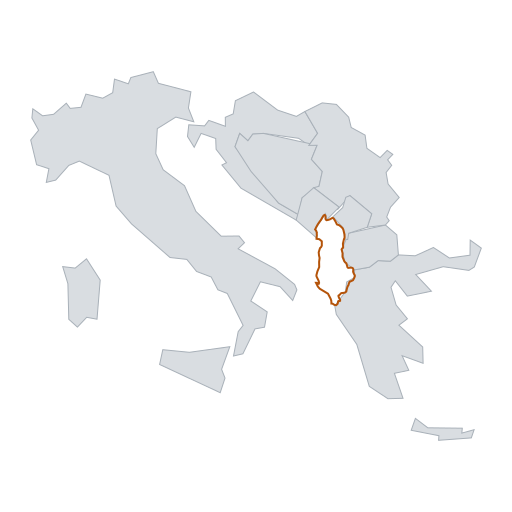 Albania and the surrounding countries
{"feature_id": "ALB", "entity_name": "Albania", "entity_type": "country or territory", "adm_level": 0, "iso_a3": "ALB", "parent_name": "Europe", "parent_adm1": "", "projection": "mercator", "projection_center": [20.103, 41.151], "detail": "fine", "context": "with_neighbors", "style": "outline", "palette": "amber", "viewbox_px": 512, "rotation_deg": 0, "n_neighbors": 8, "source": "natural_earth", "source_scale": "50m", "svg_char_len": 4741}
<svg xmlns="http://www.w3.org/2000/svg" viewBox="0 0 512 512"><path d="M474.1,429.7L471.3,437.9L438.6,440.3L438.9,435.7L411.2,430.3L415.4,418.4L427.8,427.8L462.3,428.2L461.8,433.1L474.1,429.7ZM398.4,254.9L415.2,255.8L433.4,247.5L449.4,258.0L470.0,255.2L470.2,240.1L481.3,248.1L474.3,267.0L468.9,270.4L443.2,266.7L415.7,274.5L431.4,291.2L407.3,296.1L395.3,280.8L391.0,287.3L396.1,305.0L407.4,318.8L398.9,325.2L422.7,347.0L423.1,363.3L402.1,355.7L408.8,370.3L394.4,373.3L403.0,398.3L387.9,398.7L369.3,386.4L356.8,344.4L336.3,314.4L334.8,306.0L345.4,291.7L346.7,282.0L354.1,277.7L354.6,269.8L369.4,267.2L378.1,260.6L390.4,261.2L398.4,254.9Z" fill="#d9dde1" stroke="#a8b0b8" stroke-width="1"/><path d="M253.5,92.0L277.6,110.1L296.4,116.4L304.9,111.5L317.6,133.3L308.8,145.4L298.6,138.3L263.4,133.4L252.8,134.1L247.9,140.8L239.7,133.4L235.0,146.7L278.6,203.1L298.7,214.8L296.2,220.1L241.0,188.2L221.9,165.0L226.5,162.7L216.1,149.3L215.7,138.5L201.1,133.4L194.2,147.3L187.5,136.5L188.8,124.8L204.6,125.9L208.8,120.4L225.4,126.3L225.3,117.3L233.2,113.9L235.4,100.7L253.5,92.0Z" fill="#d9dde1" stroke="#a8b0b8" stroke-width="1"/><path d="M114.5,79.1L128.3,83.8L130.9,77.5L153.3,71.7L158.4,83.3L190.9,91.8L188.4,108.0L193.8,121.8L175.8,117.1L157.3,128.6L155.8,153.7L163.2,169.8L184.5,185.7L195.9,211.4L221.2,236.2L239.0,236.0L244.5,242.7L238.1,248.8L275.1,268.8L294.6,284.4L296.9,289.9L292.7,300.5L280.1,286.7L260.4,281.8L250.8,301.0L267.2,311.9L264.5,327.2L255.0,328.9L242.9,353.8L233.5,356.0L238.2,331.6L243.1,325.4L227.3,293.5L217.9,289.8L211.2,277.0L196.6,271.5L186.8,259.4L170.0,257.5L131.5,223.9L116.1,206.1L109.0,175.3L79.3,161.1L68.8,165.4L55.7,180.1L46.3,182.4L48.9,168.7L36.6,164.7L30.7,140.0L38.6,130.2L31.9,118.0L32.8,108.8L42.6,115.8L53.6,114.3L66.3,103.2L70.2,108.4L81.0,107.3L85.9,94.1L102.7,98.2L112.7,92.7L114.5,79.1ZM189.4,352.3L229.8,346.7L221.6,369.3L225.0,378.1L220.2,392.7L159.6,364.5L162.8,349.7L189.4,352.3ZM75.2,268.1L86.5,258.8L100.2,280.1L97.0,319.2L86.7,317.3L77.4,327.1L68.8,319.3L67.9,283.7L62.7,266.6L75.2,268.1Z" fill="#d9dde1" stroke="#a8b0b8" stroke-width="1"/><path d="M298.7,214.8L278.6,203.1L251.0,171.4L235.0,146.7L239.7,133.4L247.9,140.8L252.8,134.1L263.4,133.4L317.1,145.3L311.4,159.3L322.3,171.5L319.0,186.3L302.1,197.8L298.7,214.8Z" fill="#d9dde1" stroke="#a8b0b8" stroke-width="1"/><path d="M385.4,225.0L396.8,234.8L398.4,254.9L390.4,261.2L378.1,260.6L369.4,267.2L354.6,269.8L345.1,262.5L341.9,249.5L348.7,233.2L385.4,225.0Z" fill="#d9dde1" stroke="#a8b0b8" stroke-width="1"/><path d="M304.9,111.5L322.2,102.9L336.4,104.4L348.7,117.2L351.2,127.5L365.1,135.1L366.9,148.3L380.1,157.6L387.2,150.4L392.8,154.4L387.6,159.8L391.7,165.3L386.1,172.5L388.1,184.0L399.2,197.5L390.5,207.2L386.7,217.0L389.2,220.7L385.4,225.0L367.2,227.3L371.7,213.8L349.9,195.6L337.3,209.8L339.1,207.2L313.7,187.7L319.0,186.3L322.3,171.5L311.4,159.3L317.1,145.3L308.8,145.4L317.6,133.3L304.9,111.5Z" fill="#d9dde1" stroke="#a8b0b8" stroke-width="1"/><path d="M339.1,207.2L326.9,219.5L325.5,213.7L315.6,228.8L317.2,238.5L296.2,220.1L302.1,197.8L313.7,187.7L339.1,207.2Z" fill="#d9dde1" stroke="#a8b0b8" stroke-width="1"/><path d="M344.8,239.2L343.3,228.1L333.0,216.7L342.7,207.6L345.8,197.3L349.9,195.6L371.7,213.8L367.2,227.3L348.7,233.2L347.7,239.5L344.8,239.2Z" fill="#d9dde1" stroke="#a8b0b8" stroke-width="1"/><path d="M316.5,238.8L316.6,237.3L316.9,234.9L316.7,234.1L316.9,232.7L316.2,230.8L315.1,229.5L316.2,227.2L317.8,224.3L319.3,222.1L321.1,219.7L322.3,217.5L323.6,215.5L324.7,214.9L325.2,215.3L325.5,216.2L325.5,218.7L325.8,219.6L326.6,220.2L328.2,219.9L330.0,219.3L332.4,217.9L332.9,218.0L333.8,218.7L335.6,221.7L336.9,224.4L339.3,225.3L340.7,226.4L342.4,228.0L343.3,229.6L344.5,234.4L344.6,237.3L344.3,238.7L344.0,239.0L342.9,243.7L343.1,246.2L343.1,247.7L342.2,248.4L341.6,249.4L342.6,253.3L342.5,255.0L342.5,256.9L344.3,261.3L345.4,262.6L346.3,263.2L347.5,267.3L348.2,267.9L351.2,267.6L352.6,268.0L353.2,269.0L353.3,269.6L353.1,271.8L353.8,273.6L354.8,275.3L354.8,276.4L354.1,278.2L353.0,280.2L351.4,281.0L349.7,281.7L348.9,283.3L348.5,285.0L347.7,286.3L347.2,287.6L346.5,290.4L346.3,291.5L345.2,292.5L343.4,292.9L341.8,293.0L340.7,293.5L340.1,294.4L339.1,295.2L338.5,295.6L338.5,296.4L339.2,298.2L340.1,299.6L340.1,300.8L339.7,301.1L338.4,301.0L338.1,301.4L337.9,302.7L337.6,303.8L337.0,304.4L336.1,305.2L334.4,304.9L332.8,303.8L331.9,303.5L331.4,303.5L331.3,300.8L330.6,298.7L328.0,293.7L319.7,288.7L317.8,286.5L316.9,284.6L316.0,282.8L316.9,282.8L317.7,283.2L318.7,283.8L319.1,282.9L318.7,281.0L316.5,276.4L316.4,275.2L317.4,271.4L319.2,267.1L319.1,261.9L319.6,258.0L319.0,255.4L318.7,252.3L320.0,248.1L321.1,247.1L321.8,245.7L321.8,241.3L319.3,239.2L316.5,238.8Z" fill="none" stroke="#b45309" stroke-width="2"/></svg>